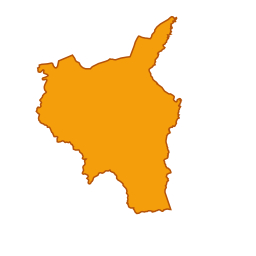 Lubutu, Maniema, Democratic Republic of the Congo (Natural Earth projection), rotated 71°
{"feature_id": "63176286B14336347527587", "entity_name": "Lubutu", "entity_type": "district", "adm_level": 2, "iso_a3": "COD", "parent_name": "Democratic Republic of the Congo", "parent_adm1": "Maniema", "projection": "natural_earth1", "projection_center": [26.789, -0.716], "detail": "fine", "context": "isolated", "style": "filled", "palette": "amber", "viewbox_px": 256, "rotation_deg": 71, "n_neighbors": 0, "source": "geoboundaries", "source_scale": "gbopen_adm2", "svg_char_len": 5742}
<svg xmlns="http://www.w3.org/2000/svg" viewBox="0 0 256 256"><g transform="rotate(71 128 128)"><path d="M95.5,85.7L93.3,86.7L92.2,87.6L90.0,88.7L88.0,88.5L86.5,89.3L85.5,89.3L83.8,88.8L83.0,89.1L81.0,89.4L79.7,89.1L79.4,88.9L78.8,87.6L78.2,85.1L77.6,84.2L77.1,83.8L77.2,83.2L76.9,82.6L77.0,81.8L75.8,81.9L74.7,81.0L74.4,80.4L73.8,80.6L72.5,80.1L72.1,79.8L71.9,79.1L70.9,77.6L70.9,77.2L70.2,76.5L68.2,75.0L67.5,75.8L66.5,74.8L65.9,72.6L66.0,71.2L65.1,70.2L64.8,68.8L64.8,68.2L64.0,67.0L63.3,67.5L61.8,68.0L61.1,67.9L60.8,67.3L60.6,65.7L60.3,65.3L59.7,65.0L59.3,63.6L58.1,63.2L56.8,61.5L56.4,60.6L56.1,60.5L55.7,61.2L55.4,61.3L55.1,60.9L55.0,59.7L54.3,60.3L53.5,60.0L53.0,60.1L53.5,58.7L53.2,58.0L53.2,57.0L52.6,57.5L52.1,57.6L51.1,55.6L50.8,55.6L50.4,56.2L48.7,55.5L48.1,55.5L48.2,54.3L47.8,53.7L47.4,53.6L47.1,54.7L46.9,54.8L46.1,54.6L46.0,54.0L45.4,54.3L44.8,53.5L43.8,53.6L43.2,51.0L42.9,50.6L41.8,50.8L41.5,50.5L42.3,49.8L42.6,49.3L42.8,48.4L42.6,48.3L41.6,48.9L40.2,48.6L40.1,48.2L40.7,48.2L41.0,47.8L40.9,47.3L40.1,46.3L39.4,46.3L39.5,47.4L39.3,48.1L38.8,48.9L37.6,49.3L37.0,50.4L37.2,51.7L38.5,54.7L40.2,63.4L41.9,67.8L44.1,70.8L45.2,71.1L46.2,72.3L47.3,74.5L48.0,75.2L49.5,76.1L50.8,77.7L50.2,79.2L49.2,81.0L48.8,82.1L46.8,85.4L45.1,87.1L44.6,88.1L46.1,90.0L49.0,93.0L52.6,95.6L61.2,102.7L61.2,103.4L60.6,105.9L59.6,111.9L59.5,117.4L59.0,118.7L57.9,120.3L57.4,122.0L56.8,122.5L57.6,124.8L57.7,127.6L57.5,134.9L58.3,141.0L58.7,142.5L59.8,144.3L58.2,148.8L56.6,150.8L54.7,152.1L52.3,152.9L50.8,152.9L50.1,153.3L48.3,155.2L46.3,155.8L45.0,155.7L41.0,156.8L42.0,171.7L47.0,174.7L47.8,176.6L47.0,177.6L44.9,178.3L42.4,178.3L41.7,179.2L41.1,183.4L39.7,188.9L39.6,191.4L41.7,192.0L41.9,193.9L43.3,194.0L44.2,194.4L45.7,194.5L46.0,194.0L46.3,193.8L46.7,192.5L45.4,189.5L45.7,188.9L46.3,188.8L47.9,189.7L48.5,189.8L49.0,189.5L51.3,186.7L52.4,186.5L52.7,186.8L53.1,189.4L53.0,192.2L53.6,193.0L54.4,193.0L54.8,192.6L55.2,191.1L55.3,189.7L55.7,189.2L56.2,189.1L56.9,189.4L59.9,192.4L61.5,193.6L62.5,194.0L63.9,194.3L65.1,194.3L67.4,193.5L67.9,194.1L68.4,196.1L69.6,198.1L71.0,199.0L72.9,202.2L73.3,202.3L74.4,201.7L76.0,201.6L76.6,202.5L77.4,203.1L78.9,203.1L79.3,203.4L79.8,204.6L79.8,205.2L79.7,205.9L79.0,206.1L79.0,206.4L79.9,207.7L81.5,208.3L82.4,209.3L85.0,208.2L86.0,207.4L86.6,207.4L87.0,207.8L87.5,207.9L88.6,208.9L89.9,209.5L91.9,209.7L92.7,209.1L94.2,209.1L95.9,207.6L96.5,206.6L97.9,205.9L98.9,204.2L99.9,203.7L101.0,203.9L101.6,202.3L101.9,202.0L103.0,201.7L107.1,201.5L108.1,200.9L112.0,200.7L112.3,200.2L112.9,198.0L113.8,197.4L115.1,198.5L117.9,199.4L118.6,198.6L119.0,196.4L118.8,194.2L119.0,193.8L119.5,193.1L121.0,192.3L121.3,191.9L121.3,190.6L122.3,189.3L122.5,188.7L122.2,187.7L122.6,187.4L124.8,187.0L125.6,186.0L126.4,186.2L127.9,185.6L128.3,186.1L130.3,186.5L131.8,184.7L132.7,181.7L133.2,181.4L135.3,181.3L137.4,179.9L140.0,179.7L140.6,179.9L141.7,181.0L142.1,181.0L142.9,180.4L143.3,179.5L143.6,178.5L143.5,178.0L143.7,177.7L144.5,179.3L145.0,179.8L147.5,180.1L148.3,180.6L148.8,181.2L149.4,182.6L150.4,183.4L153.6,183.8L155.8,185.9L156.4,185.8L156.9,185.5L157.2,185.0L157.3,183.6L159.5,181.4L161.0,181.3L162.2,183.3L164.0,182.2L164.8,182.3L166.8,183.5L167.2,183.5L168.0,183.1L168.4,182.3L167.9,181.1L167.0,180.2L166.7,179.3L165.8,178.2L164.0,176.9L163.5,176.2L162.9,171.9L161.3,170.3L161.2,169.0L161.5,168.2L162.3,167.2L162.3,165.6L161.3,163.2L161.4,162.5L162.2,160.6L161.9,158.8L162.1,158.6L162.7,158.8L163.1,158.7L164.3,157.6L165.6,155.9L166.7,155.7L167.2,155.3L168.0,155.3L168.7,154.6L169.2,154.4L170.2,154.5L171.8,155.1L173.2,154.7L173.9,154.4L175.5,153.0L177.0,152.0L178.8,151.0L179.5,150.9L180.3,151.3L181.0,151.2L184.6,149.5L186.4,149.4L186.9,149.6L187.4,149.5L189.0,150.6L189.5,150.6L190.2,150.1L192.2,149.9L193.6,151.1L195.4,151.3L196.1,151.6L196.8,152.3L197.7,152.3L198.3,153.3L198.6,153.5L199.0,153.4L199.4,152.6L200.1,153.0L201.1,152.8L202.7,153.0L203.8,152.2L204.6,151.3L205.4,148.7L206.5,149.2L206.8,148.9L210.1,148.5L211.7,147.5L212.1,145.4L211.5,142.6L211.7,141.7L212.8,139.6L212.7,138.7L213.2,137.0L212.9,135.6L213.8,133.3L214.6,132.5L214.9,131.7L215.0,131.6L215.4,132.0L215.5,131.6L215.3,130.8L215.7,129.8L215.4,128.7L215.5,127.2L215.3,125.6L215.8,124.6L217.6,123.1L218.0,122.3L217.6,121.1L217.1,120.8L217.3,117.5L218.0,115.9L218.3,115.7L219.0,114.1L200.8,114.0L198.3,113.0L196.8,111.3L196.2,111.1L194.9,111.4L194.3,110.3L191.9,108.9L191.5,108.5L191.4,107.8L190.9,107.5L190.6,106.9L190.0,107.1L188.9,106.6L188.3,107.1L187.4,107.2L186.6,107.7L184.5,106.2L184.1,103.5L184.3,102.3L184.2,102.0L183.5,101.8L181.8,101.9L180.6,102.2L179.8,102.9L179.3,103.0L178.1,104.4L177.2,104.4L176.6,104.8L174.5,104.4L173.9,104.8L173.0,104.9L172.1,104.4L170.4,104.7L169.6,103.6L169.3,100.7L169.0,100.1L168.0,99.5L167.6,99.7L167.1,99.6L166.6,98.7L165.4,98.7L164.6,97.4L163.0,97.0L162.4,97.4L161.3,97.3L160.2,97.4L159.6,96.9L157.6,97.1L157.0,96.8L153.8,96.7L152.1,96.1L148.5,94.1L148.0,94.0L146.5,91.9L146.5,91.4L146.2,89.8L145.7,90.0L144.8,89.6L144.5,90.0L144.1,90.1L143.9,89.9L143.5,89.9L143.2,89.6L142.6,89.9L141.6,88.9L141.3,86.9L141.7,86.0L141.6,85.6L140.7,84.9L141.5,83.7L141.4,83.0L139.2,80.6L138.2,80.7L137.7,80.2L137.2,80.1L135.4,78.1L135.2,77.6L135.3,76.6L134.6,76.3L133.7,76.8L132.8,76.4L132.3,75.5L131.8,76.1L131.6,75.9L131.1,76.1L129.9,75.6L129.3,74.7L128.5,74.7L127.9,74.4L127.0,73.4L126.3,73.1L124.8,71.3L124.6,71.4L123.8,72.8L123.1,72.7L122.8,71.5L121.7,70.9L121.3,70.2L119.9,69.2L119.3,69.6L118.8,69.6L118.8,68.6L117.5,69.0L117.1,69.5L117.0,70.0L117.3,72.0L117.6,72.4L118.9,73.2L119.0,73.8L118.3,74.8L116.7,75.6L115.8,75.7L115.4,75.5L114.5,74.6L113.2,74.1L111.9,74.8L109.7,76.6L109.2,78.1L108.7,78.6L105.0,81.5L100.7,82.7L95.7,86.2L95.5,85.7Z" fill="#f59e0b" stroke="#b45309" stroke-width="1.5"/></g></svg>